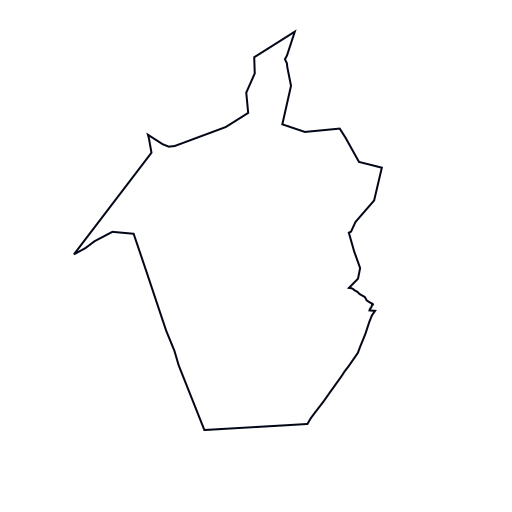 the district of San Miguel Aloápam, Oaxaca, Mexico, rotated 328°
{"feature_id": "50627088B87318974422234", "entity_name": "San Miguel Aloápam", "entity_type": "district", "adm_level": 2, "iso_a3": "MEX", "parent_name": "Mexico", "parent_adm1": "Oaxaca", "projection": "albers", "projection_center": [-96.687, 17.434], "detail": "fine", "context": "isolated", "style": "outline", "palette": "ink", "viewbox_px": 512, "rotation_deg": 328, "n_neighbors": 0, "source": "geoboundaries", "source_scale": "gbopen_adm2", "svg_char_len": 1181}
<svg xmlns="http://www.w3.org/2000/svg" viewBox="0 0 512 512"><g transform="rotate(328 256 256)"><path d="M228.6,95.9L227.7,99.0L222.1,113.0L102.5,158.1L115.4,158.9L127.2,157.9L147.0,159.4L164.0,172.3L154.5,212.5L146.0,247.7L140.2,271.9L136.6,293.0L132.5,307.7L120.0,376.2L195.0,417.2L206.0,423.2L210.6,425.7L216.5,422.6L222.9,420.1L236.3,415.1L246.5,410.8L264.5,403.4L269.6,401.0L276.5,398.4L291.1,392.1L297.2,387.4L300.9,384.8L307.5,380.0L317.2,371.9L322.8,367.8L327.9,365.6L323.4,362.3L324.3,361.5L325.3,361.0L326.4,360.7L327.3,360.1L328.2,359.1L328.7,359.0L329.4,359.2L329.6,358.5L328.9,357.3L328.0,355.8L327.0,353.8L326.3,352.0L326.5,350.5L326.5,348.3L325.5,346.5L323.9,343.5L323.4,342.1L323.0,340.1L322.4,339.0L321.4,337.4L320.8,335.3L319.6,333.6L318.8,333.1L317.9,332.3L330.5,329.3L337.9,321.4L341.7,304.0L347.1,285.4L349.5,285.7L358.5,279.8L385.6,271.5L409.5,247.8L393.2,230.8L394.6,202.9L394.5,192.3L363.2,176.7L348.1,158.3L375.9,130.2L382.7,112.2L384.3,109.0L384.8,104.5L388.5,102.4L407.8,86.3L359.8,86.5L351.7,100.5L334.3,112.3L325.2,130.5L298.7,130.6L245.2,119.6L242.6,118.3L240.0,117.1L236.0,111.6L228.6,95.9Z" fill="none" stroke="#020617" stroke-width="2"/></g></svg>